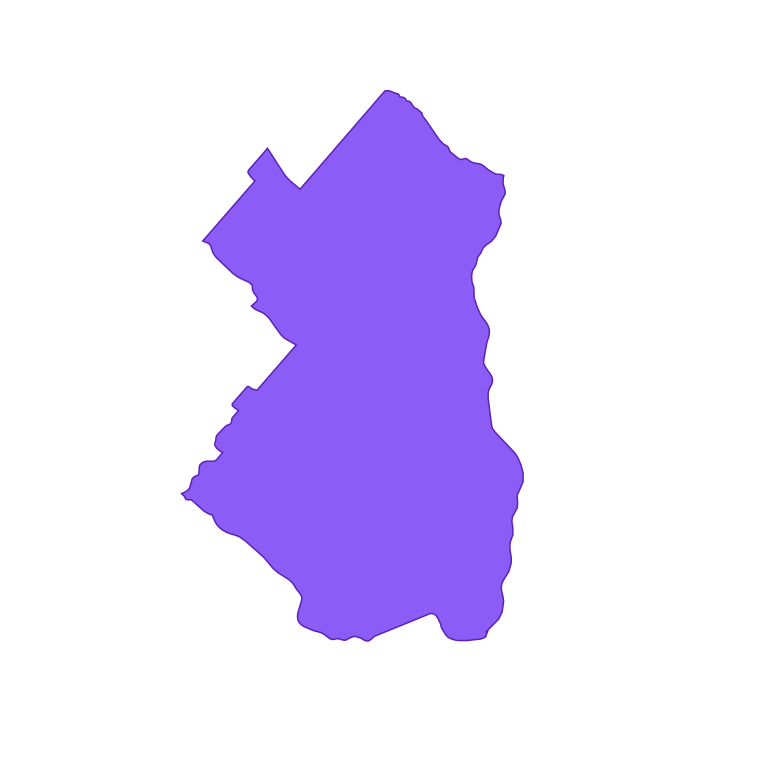 SVG path tracing the border of Lunda Norte, rotated 311°
{"feature_id": "AGO-1874", "entity_name": "Lunda Norte", "entity_type": "Province", "adm_level": 1, "iso_a3": "AGO", "parent_name": "Angola", "parent_adm1": "", "projection": "equal_earth", "projection_center": [19.689, -8.666], "detail": "fine", "context": "isolated", "style": "filled", "palette": "violet", "viewbox_px": 768, "rotation_deg": 311, "n_neighbors": 0, "source": "natural_earth", "source_scale": "10m", "svg_char_len": 4503}
<svg xmlns="http://www.w3.org/2000/svg" viewBox="0 0 768 768"><g transform="rotate(311 384 384)"><path d="M485.4,141.4L483.0,149.9L480.1,159.7L478.5,165.4L476.4,173.0L475.7,179.5L475.8,186.0L476.0,192.9L480.8,192.8L488.3,192.8L495.8,192.8L503.3,192.8L510.8,192.7L518.3,192.7L525.8,192.7L533.3,192.6L540.7,192.6L548.3,192.6L555.7,192.6L563.2,192.5L570.8,192.5L578.2,192.5L585.8,192.5L593.3,192.4L600.8,192.4L604.2,192.4L606.3,192.5L606.3,192.9L606.7,193.6L607.3,193.9L608.1,194.6L608.8,195.7L611.1,202.3L611.7,203.2L612.2,204.5L612.0,205.6L611.5,206.6L611.2,207.4L611.8,208.9L612.6,209.9L613.2,210.9L613.4,212.7L613.3,213.5L612.8,214.8L612.6,215.5L612.9,216.3L613.9,217.5L614.1,218.3L613.9,220.1L613.0,222.9L612.6,224.5L612.6,226.3L612.8,227.1L613.1,227.9L613.4,229.2L613.4,234.5L613.0,235.5L611.5,237.6L611.2,238.4L611.0,241.0L610.5,242.7L609.8,245.5L608.6,250.2L607.3,255.3L606.4,258.4L605.3,262.8L604.7,265.1L604.1,271.2L604.7,274.8L604.9,276.4L604.5,278.0L603.0,280.8L602.7,282.1L603.0,291.6L603.4,294.0L604.4,295.1L607.7,297.6L608.3,299.2L608.6,302.6L609.2,305.3L610.4,307.8L612.9,311.8L613.6,313.7L613.9,316.0L614.1,321.9L615.2,328.6L616.0,331.0L619.0,335.0L620.0,337.6L619.3,338.1L619.2,338.1L618.9,338.0L613.2,342.5L611.5,345.3L609.4,348.4L607.1,350.7L598.8,352.6L592.6,355.5L589.2,357.8L586.9,360.2L586.2,361.3L585.6,362.6L584.1,364.8L582.1,367.0L568.8,371.3L561.8,371.4L556.5,370.0L551.8,369.5L546.0,371.2L543.8,371.2L540.9,371.7L535.5,374.6L532.7,375.6L528.2,376.3L526.3,377.1L523.2,379.1L519.0,383.1L515.9,388.3L508.4,395.3L503.3,403.6L499.9,411.0L498.9,414.3L497.4,421.2L496.0,424.9L493.7,428.4L489.2,431.6L482.1,434.8L466.2,444.4L464.8,446.0L463.7,448.6L462.7,451.6L461.2,457.9L460.2,460.8L458.2,463.4L455.0,465.3L449.4,466.6L446.0,468.2L441.5,472.0L425.8,489.6L423.5,492.3L422.4,493.8L421.4,495.7L420.6,499.3L417.9,526.8L417.2,530.2L416.0,533.9L412.7,540.6L408.2,547.3L401.4,553.1L386.9,557.7L383.3,561.6L380.8,563.7L377.6,565.9L367.9,568.1L364.1,570.7L360.1,575.4L354.8,580.1L347.4,583.1L345.1,584.6L341.9,587.5L336.7,593.6L334.2,596.0L331.5,597.9L324.3,601.2L314.1,602.9L311.5,603.7L308.6,605.0L305.4,608.0L300.9,614.1L298.3,617.0L289.3,622.8L281.7,624.8L263.1,623.6L265.0,624.6L262.0,625.7L260.1,626.6L257.5,625.7L255.0,624.3L244.7,614.8L239.4,608.7L237.2,605.3L235.7,601.7L234.9,598.4L235.2,595.2L237.0,589.3L238.1,586.6L239.8,584.6L242.4,578.7L243.4,575.4L243.2,572.6L242.0,570.5L240.9,569.4L196.8,547.1L187.2,542.3L184.2,542.0L180.2,541.1L178.4,539.1L177.5,536.4L177.1,533.2L174.5,527.6L172.4,526.0L168.1,524.1L166.2,523.5L165.0,522.6L163.7,520.8L162.7,518.4L161.3,516.0L157.5,512.9L156.3,510.5L155.9,504.5L155.6,502.0L155.2,500.3L153.7,496.7L151.8,493.1L148.5,483.1L148.0,479.4L148.3,476.0L150.0,473.0L152.3,470.8L154.9,469.1L167.1,463.5L168.8,462.3L170.4,459.6L171.6,453.2L173.8,445.8L174.0,441.1L172.1,427.9L172.0,424.1L172.1,421.3L172.7,417.3L174.3,406.9L174.6,382.8L173.8,374.8L172.2,370.6L170.3,366.6L168.8,362.7L167.8,357.6L167.7,353.7L168.2,350.1L169.2,346.9L170.5,344.3L171.2,342.6L172.7,340.3L171.6,338.7L170.6,335.3L170.0,331.8L170.2,314.4L167.8,311.9L167.0,310.4L167.5,308.7L168.2,307.1L168.4,305.6L168.3,304.1L168.5,302.4L168.5,302.5L169.3,303.7L175.1,305.6L178.0,305.5L186.7,301.4L189.8,301.7L193.3,303.5L194.6,303.3L201.0,298.5L202.6,298.1L206.1,298.6L209.1,300.5L214.4,306.5L217.1,307.4L226.4,307.1L225.7,303.6L225.8,299.7L226.8,296.5L228.6,295.0L230.2,294.5L234.4,291.8L236.1,291.5L243.8,291.9L248.8,292.2L252.7,294.1L254.0,294.2L255.6,293.6L257.8,292.0L259.5,291.7L265.9,291.6L266.5,291.7L268.5,291.6L268.0,286.4L268.2,283.7L269.4,282.5L276.9,282.5L284.9,282.5L292.3,282.5L293.2,283.3L293.7,287.2L294.3,288.9L295.9,292.2L300.5,292.2L313.6,292.2L326.8,292.2L339.9,292.2L353.1,292.2L355.9,292.2L353.7,281.4L353.3,277.9L353.6,273.5L355.1,267.2L356.1,263.0L358.2,254.5L358.5,250.8L358.5,247.5L357.7,243.9L356.5,240.2L355.7,236.5L355.9,232.8L363.0,233.6L365.0,233.0L366.4,230.9L367.5,225.5L368.9,223.0L369.0,222.9L372.1,219.7L372.2,215.4L369.4,206.1L368.6,201.4L368.3,197.0L369.4,174.5L370.4,170.0L371.6,167.4L374.5,162.6L375.1,160.4L374.9,158.9L373.0,153.4L378.4,153.4L382.7,153.4L387.0,153.4L391.4,153.4L395.7,153.4L400.0,153.4L404.4,153.4L408.7,153.4L413.0,153.4L417.4,153.4L418.5,153.4L421.7,153.4L426.0,153.4L430.4,153.4L434.7,153.4L439.0,153.4L443.3,153.4L447.7,153.4L452.7,153.4L452.6,151.4L453.1,146.8L453.6,144.8L454.4,142.7L455.3,141.8L456.5,141.5L461.9,141.5L470.5,141.5L479.4,141.5L485.4,141.4Z" fill="#8b5cf6" stroke="#5b21b6" stroke-width="1.5"/></g></svg>